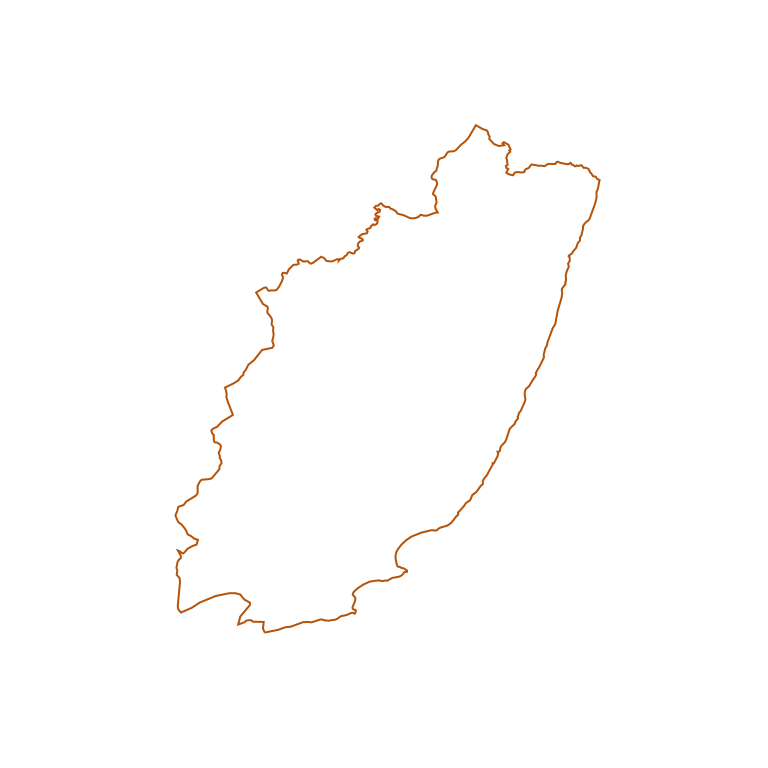 SVG path tracing the border of Eastern Cape, rotated 335°
{"feature_id": "ZAF-1926", "entity_name": "Eastern Cape", "entity_type": "Province", "adm_level": 1, "iso_a3": "ZAF", "parent_name": "South Africa", "parent_adm1": "", "projection": "natural_earth1", "projection_center": [27.087, -32.092], "detail": "fine", "context": "isolated", "style": "outline", "palette": "amber", "viewbox_px": 768, "rotation_deg": 335, "n_neighbors": 0, "source": "natural_earth", "source_scale": "10m", "svg_char_len": 6166}
<svg xmlns="http://www.w3.org/2000/svg" viewBox="0 0 768 768"><g transform="rotate(335 384 384)"><path d="M547.9,202.5L554.8,199.7L559.8,198.6L564.7,196.5L576.6,188.3L581.0,194.5L584.2,197.5L584.5,198.3L584.5,200.6L584.0,201.5L584.3,204.3L583.0,206.4L585.1,213.0L588.6,216.8L593.8,218.4L593.2,215.9L594.9,215.5L597.9,219.8L597.8,225.0L596.2,225.3L596.5,226.9L593.1,228.0L590.4,230.7L590.1,233.1L588.5,237.8L586.6,237.9L586.2,239.8L587.5,241.7L584.1,244.1L585.8,246.8L589.3,249.4L591.9,247.6L594.9,248.5L597.6,250.2L599.9,251.1L600.9,251.0L602.1,249.7L602.9,249.3L606.8,249.3L609.5,247.7L610.9,247.6L616.6,251.7L619.0,252.7L621.5,254.4L625.8,253.9L632.4,257.0L633.9,255.9L635.4,256.0L637.5,258.3L643.4,262.6L644.8,262.8L646.3,262.3L646.6,262.5L647.0,264.7L647.8,265.1L649.0,267.4L649.9,267.7L651.0,267.4L652.4,268.6L654.8,268.9L655.5,269.5L656.4,272.6L657.4,272.8L659.2,274.2L660.0,275.3L660.3,276.2L660.3,278.9L660.4,279.9L660.9,280.7L661.2,283.9L663.4,285.6L663.9,288.4L665.6,290.2L660.0,297.9L657.9,299.5L655.4,305.0L651.3,310.0L640.2,321.1L638.9,321.8L634.2,323.2L632.4,324.1L630.9,325.3L630.3,326.9L625.6,332.9L623.3,334.2L622.7,336.0L622.2,336.7L621.2,337.4L619.5,337.9L615.7,341.8L611.5,343.7L609.5,345.2L605.8,345.7L605.3,346.3L605.8,347.6L604.3,351.1L602.0,352.4L601.6,352.9L601.3,355.2L600.5,356.4L598.0,358.3L595.5,361.2L594.3,362.9L593.6,365.3L592.2,367.8L591.2,368.5L590.7,370.3L585.7,372.7L584.9,373.9L583.8,377.1L581.7,380.5L572.4,391.0L564.5,402.1L560.5,404.7L549.7,415.4L547.9,418.0L545.3,419.8L541.2,424.8L540.1,427.6L531.7,434.4L529.8,435.5L526.1,438.3L525.9,439.8L524.1,441.2L520.4,443.3L514.6,447.3L510.4,448.5L508.5,450.4L507.0,453.0L505.7,457.7L504.1,459.6L496.4,466.3L494.1,467.2L492.4,469.4L491.4,470.0L490.9,471.8L487.3,473.5L485.8,475.3L479.8,477.4L478.5,478.2L471.7,485.6L469.2,487.7L463.9,489.8L462.7,490.7L460.9,493.4L460.3,493.8L459.1,493.9L458.3,493.4L457.8,495.8L456.0,497.8L450.1,502.3L449.0,501.7L448.5,503.0L440.5,508.7L439.7,509.6L434.0,512.5L432.3,514.1L431.9,515.4L430.9,516.7L428.6,517.2L422.1,520.9L417.2,521.9L413.0,525.7L407.8,526.6L405.3,528.2L398.1,531.4L397.2,531.5L396.6,531.9L396.1,533.6L395.7,534.0L394.0,534.3L386.8,538.0L383.9,538.8L380.8,539.0L374.4,538.0L372.4,538.1L369.7,539.0L365.1,536.5L355.1,534.5L344.7,533.9L338.1,534.9L332.0,536.9L326.4,539.8L324.0,541.7L322.1,544.2L320.7,547.2L319.4,552.5L319.2,554.6L319.6,555.6L321.1,556.4L321.8,557.8L323.9,559.4L326.0,562.6L325.5,563.9L323.1,563.1L320.0,564.6L318.0,565.1L315.7,564.9L309.5,563.2L303.9,563.7L301.9,562.5L299.2,562.0L296.7,560.0L293.9,558.9L287.5,557.1L280.7,557.0L273.9,558.0L269.5,559.3L267.8,560.3L266.6,561.7L267.7,565.5L266.9,567.3L265.6,568.9L261.2,572.9L260.7,574.3L261.0,575.4L262.5,576.5L262.8,577.1L262.5,577.9L260.8,579.7L260.3,579.7L259.3,578.3L257.7,577.7L252.6,577.6L246.7,576.2L242.0,577.1L240.5,577.0L234.0,575.2L230.8,573.5L228.1,571.1L226.7,570.5L217.5,569.4L215.2,567.9L210.3,565.7L196.8,564.5L192.0,562.8L184.0,562.0L170.6,558.8L170.9,558.8L170.9,554.6L174.4,548.8L165.0,544.2L163.6,541.8L160.8,540.6L158.9,540.3L157.0,541.0L150.2,540.4L155.5,534.0L169.0,527.7L170.1,525.5L166.3,520.3L164.7,514.0L160.8,510.7L155.2,508.2L141.9,505.0L124.5,504.2L115.1,505.6L103.4,505.3L102.4,501.7L103.0,498.5L115.6,477.0L116.7,473.3L115.5,469.4L117.8,465.8L118.2,462.9L121.8,457.9L123.4,456.8L126.2,455.9L127.3,453.8L126.8,447.8L128.0,448.9L129.3,451.6L130.3,452.7L132.5,452.1L136.3,450.3L141.4,449.9L146.3,450.3L149.5,446.7L146.4,443.6L145.0,440.5L142.5,437.3L142.7,433.0L142.2,429.8L141.1,425.7L139.2,422.3L139.2,418.3L139.5,414.8L142.9,411.8L145.7,408.4L151.3,409.0L154.9,407.0L166.6,405.6L169.1,404.0L171.9,397.7L175.5,394.8L178.2,393.7L184.8,396.1L187.9,396.7L198.7,391.7L200.4,388.8L203.3,387.1L204.1,384.7L203.9,381.2L204.8,380.0L205.0,377.1L205.7,375.8L207.0,375.1L208.2,374.0L210.1,371.1L209.5,368.8L207.8,366.4L205.8,365.2L206.1,362.4L207.0,361.2L207.5,359.2L208.2,358.6L207.4,356.1L207.9,353.1L210.0,352.3L214.5,352.3L221.5,349.6L234.0,348.2L234.9,334.1L235.7,329.0L237.2,326.7L238.2,322.1L238.3,320.1L248.7,319.8L253.9,319.0L257.2,317.1L260.2,316.3L262.0,314.0L265.0,312.6L269.2,309.2L276.4,307.4L287.9,301.6L298.2,304.0L300.4,302.5L300.9,297.8L303.6,294.5L305.3,291.7L305.7,289.5L307.7,285.7L307.3,282.5L309.4,279.1L309.9,276.9L309.3,273.2L308.5,270.9L308.7,269.1L310.6,266.7L311.0,264.6L308.1,260.3L306.8,247.1L315.3,246.1L317.7,246.5L318.2,247.4L318.6,250.2L319.1,250.9L321.9,251.7L324.3,253.0L326.4,253.3L330.3,251.3L335.1,247.5L336.8,245.7L337.7,244.4L337.5,241.9L339.1,240.5L340.2,240.8L342.6,242.8L346.2,239.9L351.8,237.9L352.8,237.9L355.5,239.0L357.5,239.0L357.9,237.7L357.8,236.0L358.4,235.2L360.3,235.6L362.8,239.0L367.0,240.6L367.5,242.5L368.5,244.0L370.9,244.2L380.8,242.1L383.1,244.7L383.7,247.9L384.6,248.7L387.9,250.6L389.1,251.0L394.2,251.1L395.6,251.7L395.6,252.3L395.0,253.3L397.2,252.3L398.2,252.2L399.2,252.8L400.6,252.8L401.9,251.7L404.4,251.5L406.6,249.9L408.6,250.0L410.7,252.4L412.0,253.0L412.9,252.7L413.9,251.3L418.2,250.7L419.1,249.9L418.5,248.1L419.2,246.5L420.6,245.3L422.2,244.7L425.1,245.0L425.8,244.6L425.3,242.8L423.7,241.3L423.1,240.2L424.0,239.7L427.6,239.0L432.1,240.2L433.6,239.0L433.2,236.8L434.4,236.5L437.5,236.8L439.1,235.3L440.4,235.2L441.0,234.6L441.8,234.8L442.4,235.8L444.2,236.0L445.8,235.5L447.3,233.1L445.2,231.9L445.0,231.0L445.6,230.1L448.7,231.4L450.3,230.3L447.8,228.2L447.9,226.6L449.5,226.0L452.8,226.1L454.0,224.4L452.9,223.1L451.4,223.7L449.8,220.0L451.9,219.2L454.2,219.8L456.4,219.0L457.6,219.0L458.1,219.6L458.7,221.9L459.5,223.3L460.7,224.4L463.5,225.7L464.0,227.7L466.0,229.7L467.8,232.5L468.2,234.9L468.7,235.7L473.3,239.5L477.4,244.4L479.7,245.9L482.3,246.8L485.5,247.2L488.4,246.2L489.3,246.5L491.2,248.3L494.3,249.7L503.3,250.5L505.1,251.3L504.9,246.5L505.4,244.7L505.9,243.8L507.1,243.0L508.4,241.6L509.9,236.7L509.8,235.0L508.7,232.7L509.3,231.6L515.8,226.2L516.8,224.9L517.3,222.9L517.2,220.8L515.2,219.5L514.3,218.2L514.5,216.5L515.7,215.1L518.7,213.5L521.6,212.8L523.1,210.8L525.0,208.9L527.0,205.1L528.5,203.7L530.3,203.4L534.0,203.9L535.9,203.2L539.2,201.1L540.4,200.8L541.7,201.0L545.4,202.5L547.9,202.5Z" fill="none" stroke="#b45309" stroke-width="2"/></g></svg>